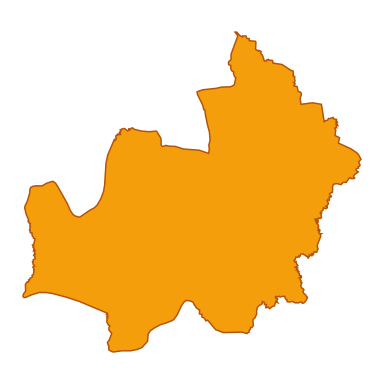 Sakhrai, Nong Khai, Thailand
{"feature_id": "78962969B97466858782755", "entity_name": "Sakhrai", "entity_type": "district", "adm_level": 2, "iso_a3": "THA", "parent_name": "Thailand", "parent_adm1": "Nong Khai", "projection": "robinson", "projection_center": [102.714, 17.678], "detail": "fine", "context": "isolated", "style": "filled", "palette": "amber", "viewbox_px": 384, "rotation_deg": 0, "n_neighbors": 0, "source": "geoboundaries", "source_scale": "gbopen_adm2", "svg_char_len": 5975}
<svg xmlns="http://www.w3.org/2000/svg" viewBox="0 0 384 384"><path d="M246.9,333.6L247.5,332.8L249.1,332.2L249.1,330.5L250.4,329.3L250.6,327.5L251.9,327.5L253.4,325.5L252.9,320.5L253.2,319.4L254.9,318.0L256.7,314.0L256.6,310.9L257.3,307.7L258.5,306.0L262.3,303.7L262.3,301.6L264.1,302.1L264.5,304.6L266.5,304.4L266.6,305.1L265.6,306.8L265.9,307.8L268.3,307.1L269.5,308.7L272.7,306.3L274.5,305.9L275.6,301.9L277.8,302.7L276.2,300.4L277.6,299.6L277.7,299.0L277.1,298.3L275.7,298.1L275.3,297.0L275.8,296.4L278.1,296.8L279.2,296.2L280.1,297.1L281.5,296.5L284.7,296.3L285.1,298.0L286.2,299.6L286.9,299.7L287.2,301.7L289.4,302.0L292.7,301.5L295.0,302.8L298.4,302.9L300.5,301.9L301.7,302.3L302.3,303.3L303.2,303.1L304.4,302.6L306.5,299.8L307.5,297.3L306.3,296.4L305.9,295.1L303.6,293.2L303.1,291.6L303.3,290.4L304.0,289.9L303.3,288.9L301.8,288.0L300.7,286.1L301.9,282.5L300.8,282.2L301.0,280.7L300.0,279.7L300.8,278.2L299.3,277.7L300.3,277.1L301.4,277.2L301.5,276.3L301.0,275.7L299.4,275.3L299.3,273.5L298.5,272.7L298.9,271.8L297.6,271.6L298.1,270.5L297.9,269.9L296.2,269.9L296.5,268.9L297.6,268.0L295.4,267.1L297.9,265.7L296.4,263.3L296.1,261.5L295.0,262.0L294.2,261.1L294.5,259.9L295.1,259.8L295.9,257.1L297.8,257.3L298.4,256.5L299.2,256.9L299.3,255.8L300.3,255.9L300.4,254.5L301.3,253.9L303.2,254.0L304.5,255.0L305.3,255.0L306.2,256.3L307.7,256.4L307.7,257.8L308.2,258.0L308.7,257.7L308.8,256.8L309.6,256.0L309.4,254.8L311.9,255.8L312.2,255.2L311.5,253.6L312.1,253.5L313.4,254.5L313.9,252.0L315.0,251.8L316.1,252.4L316.8,252.0L318.1,248.6L317.5,247.5L317.3,245.1L320.8,236.1L320.3,234.5L321.4,233.7L319.5,233.6L318.8,232.2L319.6,231.2L317.9,230.3L318.2,229.8L319.6,229.8L317.8,227.6L318.7,226.6L318.1,224.7L316.7,223.4L318.0,222.5L318.1,220.3L316.8,220.7L317.0,222.0L316.3,222.0L315.2,220.2L315.2,219.0L315.7,218.8L316.7,219.4L318.9,218.0L320.0,218.5L321.5,217.7L321.0,214.3L321.6,213.2L320.4,213.2L320.2,212.7L323.1,209.9L323.5,207.8L325.8,208.7L327.3,207.8L327.2,206.6L325.9,206.3L328.3,204.1L328.2,202.7L327.0,200.6L327.8,199.5L329.1,200.5L329.5,199.5L329.2,197.1L330.8,197.1L331.3,196.6L331.0,195.7L329.9,195.0L329.5,193.9L330.1,193.2L332.4,192.4L332.7,188.5L332.3,187.7L333.5,184.2L337.0,183.6L340.9,184.7L343.3,182.3L346.2,182.4L349.5,177.7L350.3,177.7L351.2,178.7L354.4,178.5L354.7,177.8L353.7,177.1L353.5,176.2L354.6,174.6L358.3,171.9L356.2,170.5L356.0,169.8L356.7,168.5L358.6,168.0L358.3,166.5L359.7,166.0L360.0,164.9L358.6,161.8L361.0,159.4L358.3,154.3L356.1,152.3L350.7,148.7L338.4,143.1L339.5,137.7L335.0,135.5L335.8,129.9L334.7,128.3L336.0,127.4L336.7,127.7L336.2,124.9L337.7,125.4L337.1,124.2L336.0,123.5L336.0,122.9L337.4,122.5L336.9,121.5L335.9,121.1L336.6,120.4L336.5,119.4L333.9,119.0L333.1,117.4L329.7,118.6L328.5,118.5L327.6,120.1L325.4,120.7L324.2,121.7L321.4,104.3L312.6,102.8L301.0,104.3L300.1,98.5L301.4,94.7L301.3,93.3L300.5,92.2L298.2,91.4L297.1,86.6L293.9,85.8L295.1,83.8L293.8,82.5L294.6,82.5L295.0,80.6L294.6,79.3L294.7,76.6L292.9,75.7L293.4,74.8L293.2,71.2L290.1,69.9L282.1,64.5L273.0,63.1L272.5,60.5L268.9,60.0L268.5,59.4L266.8,59.8L266.8,60.7L264.4,61.1L262.4,55.2L260.6,53.2L261.2,51.6L258.9,50.3L258.3,51.1L255.6,49.3L255.9,42.4L255.5,41.3L249.3,40.7L249.2,38.6L246.8,38.4L246.0,36.0L242.7,35.9L242.5,37.0L239.6,35.4L237.0,32.3L235.9,32.0L235.0,32.1L237.8,35.9L231.1,54.1L231.0,59.7L228.6,61.7L228.5,64.1L228.7,64.7L230.6,65.3L231.0,69.6L232.0,71.0L233.6,71.9L233.5,73.7L234.2,75.6L234.8,77.0L235.8,77.6L234.3,84.9L230.5,86.8L221.5,87.1L216.2,88.3L202.6,89.8L197.1,91.7L197.5,94.5L202.9,105.6L203.7,109.5L204.9,110.0L205.3,114.1L207.5,125.0L209.4,132.0L210.1,140.2L208.8,145.1L209.3,149.3L208.6,153.4L199.1,150.2L183.2,149.0L175.4,146.4L169.4,146.2L165.8,145.4L163.1,146.5L162.0,146.2L161.0,144.7L161.2,141.4L160.8,138.1L156.7,131.4L156.0,131.1L149.4,131.7L141.6,131.1L134.5,129.4L132.4,127.8L130.8,128.6L129.8,129.9L129.2,128.8L128.7,128.8L128.9,129.9L127.7,130.9L124.5,128.5L122.4,128.8L120.2,129.9L120.9,130.7L120.8,131.5L119.8,131.9L120.6,134.5L119.9,134.4L119.2,133.4L118.8,134.6L117.8,134.1L117.3,135.3L116.4,135.1L115.7,136.4L116.3,138.3L115.8,138.8L115.9,139.4L115.5,139.9L114.6,139.5L114.6,140.4L114.1,140.0L107.8,154.8L106.0,163.3L104.6,185.4L103.5,191.7L100.9,198.6L97.3,204.9L94.2,207.9L89.4,210.5L80.1,216.9L78.9,217.1L74.7,215.8L72.7,214.1L70.2,210.3L67.4,203.8L58.0,187.0L55.6,183.3L53.6,181.7L52.7,181.3L46.9,183.1L42.0,185.9L35.2,185.9L32.3,186.5L30.8,187.4L30.0,189.0L29.6,193.3L27.3,201.2L25.0,206.0L24.7,207.9L26.3,214.6L28.6,219.8L28.0,221.1L28.4,221.9L29.1,222.0L29.1,223.0L30.4,223.8L29.8,224.9L30.0,226.5L30.5,227.0L29.9,228.0L30.1,229.0L29.5,229.9L30.2,230.6L30.0,231.8L30.5,232.9L31.9,232.9L32.2,235.8L33.4,237.1L33.4,238.1L35.0,238.8L33.9,244.1L32.6,245.0L33.3,245.4L32.9,246.7L33.7,246.6L33.5,248.0L34.1,249.1L33.7,250.2L34.6,249.7L35.1,250.8L34.2,251.1L34.1,251.7L35.2,254.3L34.4,254.1L33.6,255.4L34.8,256.6L35.3,258.5L33.2,259.8L33.3,261.6L32.5,261.7L33.3,264.8L34.1,265.1L34.6,266.1L32.9,267.0L34.1,269.8L33.7,270.2L34.0,270.5L33.4,274.4L32.0,275.3L32.5,276.8L29.9,278.4L29.7,279.7L28.6,279.9L28.9,281.0L28.4,281.8L27.9,282.3L27.3,281.8L25.4,284.2L25.6,291.1L23.4,294.1L23.0,296.4L23.8,297.5L25.4,297.5L30.8,295.1L39.2,292.5L46.2,292.5L52.6,293.5L66.4,297.2L79.6,301.5L107.5,313.3L107.5,313.9L106.7,314.4L107.5,314.6L107.7,315.4L107.1,315.8L107.6,316.5L106.8,316.9L107.5,317.6L107.0,317.6L106.9,322.2L108.5,325.2L109.1,325.2L109.8,326.1L108.9,327.8L108.9,330.0L111.7,333.3L109.3,340.0L107.4,342.4L107.9,344.4L108.8,345.9L108.8,349.8L111.3,351.4L113.5,352.0L121.7,350.8L130.6,350.8L137.5,349.4L142.1,347.4L147.6,341.2L148.1,334.2L150.3,330.8L154.9,327.6L160.9,324.5L166.6,322.8L172.6,320.4L174.0,319.3L177.1,315.0L181.2,306.3L183.4,302.8L185.8,300.5L189.6,300.8L193.2,302.2L194.2,304.9L195.6,306.3L195.9,307.4L198.6,309.6L199.6,309.8L199.4,313.9L201.9,314.4L201.9,317.0L204.2,318.0L205.9,320.9L207.7,320.2L215.6,329.6L223.4,332.6L241.9,332.1L246.9,333.6Z" fill="#f59e0b" stroke="#b45309" stroke-width="1.5"/></svg>